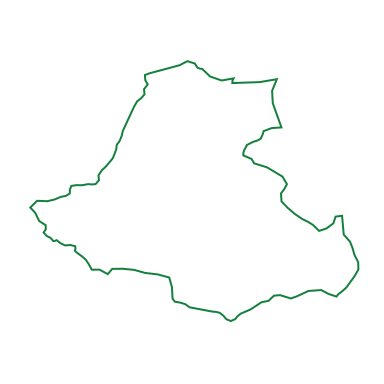 SVG path tracing the border of Anurādhapura, rotated 87°
{"feature_id": "LKA-2455", "entity_name": "Anurādhapura", "entity_type": "District", "adm_level": 1, "iso_a3": "LKA", "parent_name": "Sri Lanka", "parent_adm1": "", "projection": "natural_earth1", "projection_center": [80.531, 8.366], "detail": "fine", "context": "isolated", "style": "outline", "palette": "green", "viewbox_px": 384, "rotation_deg": 87, "n_neighbors": 0, "source": "natural_earth", "source_scale": "10m", "svg_char_len": 1854}
<svg xmlns="http://www.w3.org/2000/svg" viewBox="0 0 384 384"><g transform="rotate(87 192 192)"><path d="M307.0,200.5L303.7,204.5L301.8,209.7L300.7,214.8L297.5,217.0L286.2,217.0L276.2,219.2L272.5,230.5L270.4,242.9L266.7,254.0L265.0,265.5L264.6,275.7L269.6,280.4L264.7,288.4L264.3,296.2L259.0,298.7L254.2,301.5L250.9,304.8L246.0,310.8L244.5,312.0L242.6,311.4L240.1,311.4L238.6,316.1L238.7,321.6L236.3,325.9L233.0,329.8L233.6,331.1L233.7,333.2L232.1,334.3L230.3,335.8L228.4,339.3L224.7,342.3L221.6,340.0L217.5,339.8L213.0,346.1L204.5,349.7L199.1,354.3L192.7,347.2L193.6,337.0L192.4,330.0L190.0,323.2L189.3,318.2L187.2,314.2L183.1,313.8L179.6,312.1L179.1,307.0L179.5,301.6L178.7,295.3L179.2,291.6L179.1,287.9L175.3,284.3L170.5,284.5L165.9,281.2L161.8,276.4L154.1,269.3L145.7,265.5L141.0,264.7L137.2,261.6L132.4,259.3L127.4,257.9L104.0,245.5L98.5,242.0L95.7,237.8L91.9,234.3L86.8,234.5L82.2,230.6L77.9,232.8L72.7,232.9L71.1,227.6L64.8,197.9L61.1,189.7L63.9,182.4L68.1,180.1L69.3,177.4L69.6,175.4L77.6,167.9L82.2,156.6L80.7,144.5L82.8,145.7L85.3,146.0L85.8,118.7L83.8,101.4L95.1,106.7L107.5,106.7L132.2,99.3L132.3,108.9L134.9,117.2L138.8,118.7L142.5,120.7L144.1,124.3L145.1,128.3L147.8,134.5L153.1,137.8L155.8,138.7L158.2,138.8L162.1,130.8L166.6,128.5L171.3,115.8L181.3,100.9L189.1,96.8L193.8,99.6L198.1,103.2L206.1,103.1L212.9,97.2L219.3,90.5L224.9,83.1L227.9,77.6L231.5,72.6L237.5,67.1L235.4,59.5L230.7,52.5L224.1,49.9L223.6,43.4L242.5,42.7L249.9,36.8L256.5,34.6L263.5,33.0L270.7,29.7L278.1,29.9L284.6,34.1L295.6,43.0L299.5,47.9L301.6,51.1L304.0,53.2L301.0,60.8L296.7,68.1L296.9,80.8L301.6,92.6L303.5,98.8L299.6,109.4L299.8,115.4L302.0,118.2L304.7,121.2L305.7,128.3L312.4,139.8L316.0,149.6L318.3,152.9L321.2,155.5L322.9,160.0L320.8,164.4L317.2,167.1L314.1,170.6L313.0,174.2L312.5,177.9L307.0,200.5Z" fill="none" stroke="#15803d" stroke-width="2"/></g></svg>